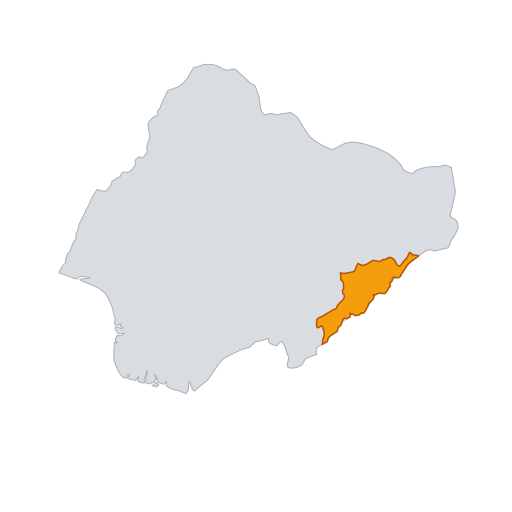 Adamawa on a map of Nigeria (Natural Earth projection), rotated 23°
{"feature_id": "NGA-2881", "entity_name": "Adamawa", "entity_type": "State", "adm_level": 1, "iso_a3": "NGA", "parent_name": "Nigeria", "parent_adm1": "", "projection": "natural_earth1", "projection_center": [12.557, 9.198], "detail": "fine", "context": "in_parent", "style": "filled", "palette": "amber", "viewbox_px": 512, "rotation_deg": 23, "n_neighbors": 0, "source": "natural_earth", "source_scale": "10m", "svg_char_len": 6179}
<svg xmlns="http://www.w3.org/2000/svg" viewBox="0 0 512 512"><g transform="rotate(23 256 256)"><path d="M401.3,98.1L414.7,119.4L417.6,135.4L418.7,143.2L420.9,144.1L425.0,144.5L428.1,146.1L429.9,148.7L431.0,151.1L431.3,152.6L430.4,162.1L429.4,165.5L430.0,170.2L429.8,172.2L429.3,173.6L427.5,175.2L424.9,176.7L418.9,181.3L417.1,181.9L414.6,182.0L412.4,183.2L409.8,185.6L404.2,194.7L399.4,203.9L395.8,218.7L391.6,223.3L390.8,227.4L390.2,236.6L389.5,239.4L388.8,240.2L384.3,242.0L381.6,244.1L380.0,248.3L378.0,262.5L377.3,264.9L375.8,267.3L373.5,270.0L371.4,271.5L366.2,272.5L361.2,283.1L361.1,285.0L358.9,294.7L355.1,302.1L354.8,306.8L350.0,313.2L347.5,317.6L350.0,322.2L350.2,322.9L342.0,330.7L341.5,331.8L341.1,337.2L340.5,338.6L339.0,340.6L336.7,342.8L334.5,344.4L331.9,345.6L329.4,346.0L328.0,345.4L327.3,343.7L325.9,337.2L325.2,335.8L323.6,334.5L317.2,327.3L313.4,324.7L312.5,324.9L311.9,325.6L310.8,329.2L309.7,330.6L307.7,331.0L304.1,331.1L301.6,330.6L301.0,329.8L299.8,327.0L291.8,333.6L289.1,335.0L285.5,342.8L280.5,346.7L277.1,350.1L267.9,360.7L266.0,363.8L264.2,368.4L260.2,388.3L253.8,400.8L252.9,403.4L252.6,403.3L251.7,404.4L249.3,403.7L248.2,401.4L246.7,401.0L244.0,397.6L243.5,398.2L246.2,406.8L245.2,410.1L237.4,410.2L230.7,411.3L226.1,411.2L223.8,410.0L222.8,406.8L222.4,407.1L222.1,408.9L220.7,410.2L215.5,410.5L213.2,408.3L211.4,405.8L209.4,404.7L209.7,405.8L212.0,408.2L211.7,411.6L207.5,415.6L204.9,415.8L203.3,414.1L202.4,411.3L202.0,407.1L200.9,404.4L200.3,404.4L201.0,408.9L201.1,413.2L203.0,416.4L200.0,417.4L196.3,417.5L195.9,416.3L195.4,413.6L194.8,412.9L194.0,417.5L186.5,418.8L185.5,418.6L185.2,417.7L185.8,416.5L185.7,414.4L184.0,416.0L183.7,419.2L182.8,419.7L180.0,419.2L176.8,417.6L171.8,413.6L165.6,407.1L164.6,404.2L162.8,400.6L159.6,390.7L160.2,390.2L161.6,390.7L162.4,389.8L159.8,389.1L159.2,388.4L159.1,386.2L159.2,383.5L163.1,382.2L164.0,380.5L164.6,378.9L159.7,381.4L155.2,378.6L154.3,376.9L154.7,375.6L160.0,375.5L161.8,374.2L160.7,373.8L158.7,373.8L158.0,373.0L158.0,370.9L157.4,371.4L156.5,373.2L153.5,374.5L151.7,373.2L151.5,370.2L151.2,368.9L149.7,367.9L144.4,360.1L137.7,353.6L131.8,349.1L122.8,346.9L104.0,347.0L103.0,346.4L104.1,345.4L105.8,344.7L111.8,341.1L110.8,340.6L104.5,342.9L102.4,343.1L99.6,347.4L81.1,348.4L81.1,346.4L82.0,340.7L83.1,336.7L81.9,331.9L81.6,327.5L82.4,326.2L82.7,324.6L82.5,313.4L83.5,311.8L83.6,310.6L81.7,305.9L81.7,302.2L81.4,298.7L80.7,297.1L81.6,283.5L81.4,280.1L82.0,277.7L82.3,271.8L82.3,266.1L83.6,257.0L91.6,255.8L93.5,252.2L94.6,247.7L94.3,243.3L96.9,239.4L100.0,235.9L99.9,232.1L100.8,230.9L102.3,230.0L104.4,229.6L106.8,227.7L108.1,224.4L109.4,219.1L107.4,215.4L107.5,214.6L108.3,212.6L109.5,210.6L110.5,209.9L112.8,210.5L113.6,209.7L115.1,203.8L115.0,202.2L112.8,198.3L111.7,187.7L111.1,186.3L109.5,184.4L105.1,176.9L105.2,173.4L107.1,168.8L108.4,166.6L110.1,165.4L110.4,164.4L109.9,163.1L109.1,162.2L108.9,160.1L109.8,157.3L109.6,154.2L110.1,138.2L113.7,135.0L119.0,129.8L121.7,124.4L123.2,120.2L125.0,106.5L127.8,105.0L133.1,100.0L140.2,97.1L144.9,96.2L153.0,96.8L157.1,96.3L160.6,93.5L162.2,92.8L164.4,92.3L184.6,99.5L186.4,99.1L188.0,99.6L190.5,101.5L196.4,108.2L202.6,118.4L204.5,120.6L206.4,121.8L208.4,122.3L209.9,122.1L211.4,121.1L213.3,119.2L216.3,118.3L218.8,118.5L231.4,110.6L232.6,110.5L240.3,112.2L250.8,120.1L259.4,125.3L265.5,127.0L272.6,128.2L284.7,128.6L293.9,117.5L297.3,115.1L301.4,112.9L309.9,110.8L324.0,109.4L337.2,110.0L345.5,112.0L354.1,115.6L357.9,119.0L363.7,119.6L367.9,118.9L369.3,115.5L373.5,111.0L379.9,106.8L385.0,103.9L389.3,102.6L393.1,99.2L396.1,98.2L401.3,98.1ZM216.0,414.9L213.1,415.9L211.3,415.7L213.8,411.2L215.1,412.1L216.8,412.5L216.0,414.9Z" fill="#d9dde1" stroke="#a8b0b8" stroke-width="1"/><path d="M405.6,192.4L405.5,192.8L400.3,201.4L399.5,203.3L398.4,207.6L397.4,214.0L396.7,216.2L396.7,216.6L396.9,217.3L397.0,217.7L396.9,218.2L396.4,219.3L396.1,219.8L395.5,220.4L395.2,220.5L394.8,220.8L394.2,221.1L391.9,221.4L390.9,221.8L390.4,223.0L390.4,223.7L390.8,224.8L390.9,225.4L390.8,226.3L390.1,227.5L389.9,228.2L389.9,229.0L390.2,229.5L391.1,230.5L391.4,231.3L391.3,231.9L391.0,232.4L390.8,233.2L390.4,235.5L390.2,237.7L389.4,240.2L387.5,241.0L385.2,241.4L383.2,242.5L382.8,242.8L381.9,244.1L381.6,244.5L381.4,244.7L379.6,245.6L379.4,245.8L379.2,246.4L379.4,246.5L380.2,246.6L380.5,247.3L380.7,248.4L380.7,249.7L380.6,250.3L380.4,250.9L379.1,253.7L378.5,255.4L378.4,256.7L378.6,258.0L378.0,264.4L377.7,265.9L377.0,266.9L376.6,267.1L376.3,267.1L375.9,267.0L375.5,267.0L375.1,267.2L374.9,267.6L374.7,268.5L374.2,269.6L373.7,270.3L370.7,272.1L370.3,272.2L369.8,272.1L368.9,271.6L368.5,271.5L368.0,271.6L367.6,271.8L367.3,272.1L366.8,272.3L366.4,272.4L366.0,272.3L365.2,272.0L365.4,272.5L366.1,274.4L366.2,274.9L366.2,275.8L365.9,276.1L365.1,276.9L364.8,277.2L364.6,277.6L364.4,278.0L364.1,278.3L363.4,278.4L362.3,278.2L361.7,278.5L361.0,279.6L360.8,281.1L360.8,282.6L361.3,285.4L361.3,286.0L361.2,286.3L361.1,286.8L359.9,288.8L359.7,289.6L359.7,290.9L359.9,292.2L360.1,293.1L360.1,293.6L360.0,294.1L358.9,295.5L355.9,300.1L354.9,302.4L354.7,303.1L354.6,303.8L354.6,304.5L355.1,306.5L354.9,307.2L354.6,307.6L354.1,308.0L353.3,309.3L351.5,311.4L351.1,309.7L350.4,307.8L350.0,305.6L350.0,303.3L348.6,299.4L345.7,296.3L345.0,295.2L344.0,294.7L343.0,295.2L342.5,296.2L341.8,297.1L341.0,297.9L340.1,297.8L339.3,296.9L338.1,294.4L336.8,290.8L337.1,289.7L338.7,287.5L340.6,285.6L348.2,275.1L350.2,273.2L350.5,272.1L350.3,270.8L350.6,268.5L353.5,261.4L353.3,259.1L352.1,257.3L350.3,256.3L349.2,254.3L349.2,253.1L349.4,251.9L349.1,250.9L348.5,249.9L347.5,247.4L345.8,245.6L344.9,245.3L343.9,245.1L343.2,244.3L340.4,238.5L343.1,238.0L345.6,236.7L351.1,232.9L352.2,231.9L352.6,230.5L352.5,226.0L352.8,223.0L357.5,223.3L361.2,220.3L364.2,215.8L365.9,214.1L368.1,213.6L370.4,213.3L372.5,212.2L373.3,211.2L373.9,209.9L374.6,209.3L375.7,209.2L377.4,207.5L379.0,205.3L381.4,204.7L383.9,205.1L385.9,206.1L387.6,207.7L389.3,209.0L391.3,209.5L392.7,208.6L393.8,204.0L395.4,199.4L395.8,197.1L395.8,194.7L396.0,192.8L397.0,192.6L397.4,192.7L397.8,193.0L398.7,193.4L399.7,193.6L403.9,192.5L405.6,192.4L405.6,192.4Z" fill="#f59e0b" stroke="#b45309" stroke-width="1.5"/></g></svg>